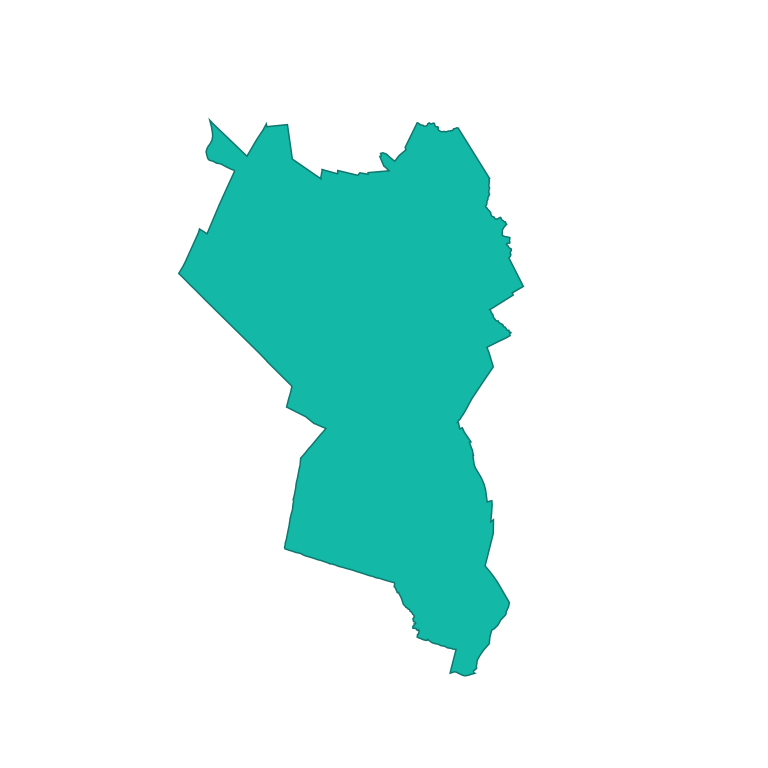 Costeiu, Timis, Romania, rotated 73°
{"feature_id": "2599482B27087775210367", "entity_name": "Costeiu", "entity_type": "district", "adm_level": 2, "iso_a3": "ROU", "parent_name": "Romania", "parent_adm1": "Timis", "projection": "robinson", "projection_center": [21.905, 45.75], "detail": "fine", "context": "isolated", "style": "filled", "palette": "teal", "viewbox_px": 768, "rotation_deg": 73, "n_neighbors": 0, "source": "geoboundaries", "source_scale": "gbopen_adm2", "svg_char_len": 6150}
<svg xmlns="http://www.w3.org/2000/svg" viewBox="0 0 768 768"><g transform="rotate(73 384 384)"><path d="M218.3,548.0L223.5,545.1L234.1,539.6L238.7,537.0L251.3,530.4L318.9,493.8L322.5,492.0L327.0,489.7L328.6,489.1L359.2,472.7L364.1,475.4L370.8,479.8L377.6,483.9L392.4,468.4L401.1,462.6L402.0,461.7L402.3,460.9L403.4,459.8L407.2,455.4L409.5,452.5L412.7,457.4L413.6,459.1L422.3,472.4L423.7,474.9L427.6,480.5L429.9,484.3L430.7,485.2L430.6,485.4L437.3,488.1L440.3,489.9L449.3,494.6L452.0,496.3L455.5,498.0L456.9,498.5L462.2,501.2L466.6,503.7L467.7,504.6L468.5,504.6L470.5,505.1L473.1,506.5L477.2,508.2L480.0,509.9L480.8,510.6L481.3,510.8L485.3,513.2L488.3,514.5L490.1,515.5L491.1,515.8L495.4,518.2L503.3,522.4L505.9,524.0L506.4,524.5L509.9,526.0L510.8,526.8L512.7,526.9L513.2,526.1L515.7,522.8L516.2,521.8L519.4,517.4L521.2,514.0L522.2,512.5L522.6,512.5L523.1,512.0L523.5,511.4L524.7,510.3L530.1,502.2L533.1,498.1L533.8,496.7L538.8,489.8L539.9,488.7L540.4,487.8L540.5,487.1L540.9,486.4L543.1,483.1L543.7,482.5L545.2,480.6L547.5,476.7L548.9,474.7L552.9,468.3L555.7,464.5L557.6,461.6L563.2,453.7L564.8,450.8L566.5,448.9L567.6,447.1L567.9,446.1L573.0,438.7L573.6,437.6L575.9,434.2L576.6,432.8L577.1,432.2L577.8,432.2L579.7,432.9L580.4,433.4L580.9,433.5L581.2,433.2L582.7,432.7L587.4,432.3L587.6,431.9L587.6,431.0L588.6,431.0L592.1,430.3L594.7,430.0L600.1,429.9L601.4,429.4L602.8,428.6L604.0,428.4L604.6,427.5L606.1,426.8L606.5,426.5L606.8,425.8L607.0,425.6L608.8,425.5L609.3,425.3L609.8,424.5L611.3,424.0L611.6,424.1L612.1,424.0L613.7,423.1L614.8,422.9L615.1,423.2L616.0,423.3L616.3,423.5L616.3,424.2L617.0,425.0L619.8,425.2L619.9,424.9L620.3,424.3L621.5,423.8L622.2,423.7L622.4,423.9L622.4,424.2L622.2,425.3L623.4,425.6L624.0,426.9L624.5,427.4L625.9,427.8L626.1,427.5L626.8,425.7L627.5,424.6L627.9,424.5L628.5,424.7L628.7,424.4L629.1,424.2L629.7,423.6L629.8,423.4L629.3,422.7L629.5,422.6L630.5,422.6L631.6,423.1L632.6,423.9L633.3,424.3L633.3,425.1L635.7,426.3L637.0,424.9L638.1,423.3L639.1,422.4L639.2,422.0L640.1,421.1L640.9,419.8L641.8,418.0L641.7,417.6L641.0,416.8L644.4,414.6L645.7,413.4L647.5,410.7L648.6,408.4L650.9,406.0L651.6,404.6L651.9,403.8L652.4,403.0L653.2,402.0L654.5,400.8L655.0,400.2L656.8,396.4L657.4,396.1L658.9,392.7L678.7,404.7L679.9,405.3L679.8,401.2L680.1,400.2L680.7,399.1L684.0,395.7L686.0,393.3L686.9,391.4L687.2,387.9L687.1,386.4L687.2,381.7L686.5,382.3L685.7,382.5L684.7,382.4L684.4,382.2L684.2,381.2L683.0,378.6L680.8,378.1L679.0,377.3L678.5,376.9L676.0,375.9L674.8,374.9L671.6,371.6L667.7,366.7L663.2,359.4L662.8,359.1L657.3,356.9L654.6,355.3L650.9,352.9L650.2,349.9L648.0,345.8L646.5,344.0L643.9,341.5L640.2,335.0L637.0,333.3L633.5,330.1L629.8,328.0L606.6,333.4L599.5,335.7L593.2,338.1L587.5,340.5L558.7,323.1L545.8,319.0L547.0,322.2L539.5,319.1L531.1,315.9L527.1,315.0L526.9,319.8L514.9,317.8L509.1,317.6L503.7,318.2L500.4,318.8L490.8,321.2L487.1,321.3L478.3,319.9L478.4,319.3L474.8,319.1L473.0,318.7L471.8,319.0L470.7,319.0L468.5,319.2L464.7,319.3L464.8,317.8L453.4,321.3L448.8,321.9L449.0,324.7L442.6,324.1L442.3,325.0L440.9,323.7L440.4,322.4L439.7,321.3L438.1,319.6L436.0,316.9L434.1,314.8L423.7,304.2L411.4,289.2L399.6,274.5L385.0,274.4L379.0,274.8L377.0,263.1L375.6,253.8L374.6,249.3L373.8,249.4L373.3,249.3L372.7,248.8L372.1,247.6L371.8,247.6L371.4,247.9L371.0,248.9L370.6,249.1L370.2,249.1L369.3,248.8L369.0,249.1L368.9,249.9L368.2,250.7L365.1,251.5L364.3,252.7L363.4,253.0L362.1,253.0L360.9,254.1L360.0,255.1L358.6,256.2L357.2,256.2L356.6,257.6L355.9,258.5L354.5,258.9L352.6,259.7L351.3,259.8L349.9,259.6L347.3,260.4L344.9,260.7L343.7,261.2L343.7,260.4L336.7,234.4L334.4,234.8L331.4,222.2L299.9,227.7L299.3,226.6L298.7,225.8L298.0,225.3L297.0,224.7L296.7,225.0L296.1,225.2L295.7,225.1L295.0,224.7L293.5,223.2L292.4,222.9L291.9,222.9L290.7,224.3L289.6,224.7L288.2,225.0L287.5,225.4L286.0,226.0L285.6,225.4L285.5,224.7L286.0,222.9L286.0,222.6L285.3,222.2L283.5,222.1L282.9,221.9L282.3,221.4L280.7,220.8L278.1,225.7L276.4,227.5L271.3,225.7L269.4,223.7L267.9,221.5L267.2,220.0L266.8,220.0L266.2,220.5L265.7,220.6L264.6,220.4L264.2,220.9L263.8,221.7L262.8,222.2L261.7,223.2L261.1,223.4L259.2,223.6L258.8,223.9L258.6,224.4L259.4,227.4L258.9,228.8L258.4,229.5L257.0,229.8L256.2,230.2L255.4,231.6L254.8,231.9L252.4,232.2L251.8,231.9L251.1,231.9L250.4,232.3L249.3,232.5L248.2,233.2L247.1,233.7L246.2,233.9L244.3,235.0L243.6,235.0L242.9,233.8L242.5,233.4L240.6,232.5L239.2,232.1L238.1,230.8L236.1,230.1L233.8,227.8L233.2,227.6L231.4,227.8L229.6,227.1L227.5,225.8L226.7,225.7L225.4,225.9L224.6,225.8L223.9,225.2L222.6,224.7L221.3,224.3L220.5,223.7L219.7,223.9L218.9,223.9L218.5,222.9L161.0,238.2L160.7,238.5L160.3,239.7L160.5,240.9L160.3,242.7L160.7,243.4L161.4,243.9L161.6,244.3L161.3,245.9L161.3,247.4L160.9,248.5L161.0,250.1L160.9,251.0L160.8,251.5L160.0,252.7L159.9,253.9L159.8,254.8L159.5,255.3L158.3,256.7L156.8,257.8L156.3,257.8L154.9,257.1L154.1,257.2L153.8,257.4L153.4,258.1L153.1,259.1L152.7,259.6L151.8,259.8L150.7,259.6L149.7,259.6L149.3,259.8L149.1,260.1L148.9,261.2L149.2,262.5L149.1,262.8L148.5,263.7L147.5,264.5L148.1,266.2L149.1,266.9L149.5,267.5L149.6,268.7L149.2,270.1L149.1,270.3L148.2,270.9L147.6,271.8L147.2,272.7L146.8,273.3L144.7,274.8L143.9,275.9L163.9,294.6L166.4,294.5L170.1,303.0L174.1,308.5L172.3,309.9L168.8,312.2L165.3,314.1L164.2,315.3L162.6,317.4L162.5,319.9L163.8,319.7L165.0,319.9L165.1,321.5L175.7,320.4L177.2,319.2L180.9,317.2L181.6,316.9L177.2,337.5L178.8,337.9L175.0,345.3L175.3,346.0L176.5,347.3L176.8,348.0L166.3,365.8L169.4,367.0L160.7,380.6L161.2,380.8L162.3,380.8L163.9,382.0L165.2,382.5L167.7,383.9L169.4,384.3L142.1,405.9L107.7,400.5L103.8,420.2L103.7,420.8L100.9,420.5L106.8,426.5L107.1,427.1L113.5,434.8L125.2,447.5L126.2,448.4L83.7,472.2L83.2,472.2L82.2,472.8L80.8,473.5L87.8,473.8L94.7,474.8L97.1,475.5L99.8,476.8L101.5,478.1L103.4,480.1L105.6,483.0L107.2,484.5L110.0,486.3L115.3,486.6L117.1,486.5L118.5,485.9L119.2,485.2L120.8,482.6L123.9,479.5L125.2,476.8L126.0,475.5L130.3,471.3L134.1,467.1L135.8,464.8L137.1,464.9L150.2,476.6L164.5,489.2L188.6,509.3L181.8,515.1L185.3,517.4L209.3,538.5L212.8,541.9L218.3,548.0Z" fill="#14b8a6" stroke="#0f766e" stroke-width="1.5"/></g></svg>